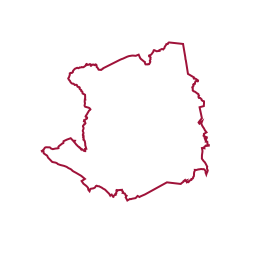 El Arenal, Hidalgo, Mexico (Mercator projection), rotated 243°
{"feature_id": "50627088B4144789748082", "entity_name": "El Arenal", "entity_type": "district", "adm_level": 2, "iso_a3": "MEX", "parent_name": "Mexico", "parent_adm1": "Hidalgo", "projection": "mercator", "projection_center": [-98.879, 20.225], "detail": "fine", "context": "isolated", "style": "outline", "palette": "rose", "viewbox_px": 256, "rotation_deg": 243, "n_neighbors": 0, "source": "geoboundaries", "source_scale": "gbopen_adm2", "svg_char_len": 5761}
<svg xmlns="http://www.w3.org/2000/svg" viewBox="0 0 256 256"><g transform="rotate(243 128 128)"><path d="M54.0,179.8L55.8,179.9L57.5,180.8L57.6,181.0L60.6,181.0L62.6,180.9L64.0,180.4L67.1,179.9L70.1,181.5L73.1,183.6L74.2,184.1L76.6,184.8L76.5,185.3L75.2,186.9L76.6,187.5L76.7,188.4L77.0,189.6L76.7,190.0L76.4,189.8L75.6,192.0L76.0,192.2L76.4,191.3L78.2,191.8L79.8,192.4L80.5,191.1L81.7,192.0L82.1,191.5L83.8,191.7L82.6,193.3L82.3,193.4L83.3,193.3L83.9,194.0L86.6,191.8L87.1,192.0L87.5,192.7L88.3,193.0L88.5,196.0L91.0,195.5L93.2,195.5L95.4,195.2L98.0,195.2L99.0,195.6L100.2,196.9L99.4,193.6L100.5,193.4L100.9,193.4L101.6,194.8L103.2,198.3L114.0,201.2L113.1,205.5L115.1,206.7L117.0,207.7L117.3,207.8L118.2,206.9L119.2,206.3L119.4,206.3L120.1,206.6L121.9,206.0L122.7,204.8L123.8,204.9L124.5,205.9L125.0,205.7L126.0,206.1L126.4,205.9L126.7,205.9L127.0,205.5L127.8,205.2L130.0,204.1L130.6,203.4L131.2,203.2L131.4,202.9L132.4,202.8L133.3,203.5L134.8,203.7L134.7,203.9L135.1,204.4L135.1,204.5L135.8,205.0L135.8,205.5L136.5,206.0L137.1,205.9L137.4,206.6L137.0,207.6L138.3,208.6L139.0,209.5L138.9,210.4L137.9,211.3L137.9,211.5L138.6,212.0L139.0,211.7L140.4,211.1L141.5,210.3L142.1,209.1L142.4,209.1L143.2,209.7L149.0,206.0L162.2,210.3L163.0,210.4L165.1,211.2L177.9,215.2L185.6,203.4L185.6,202.6L184.9,201.8L184.8,201.5L185.1,200.5L185.3,200.3L184.8,199.7L183.7,197.6L182.8,196.9L182.5,196.4L182.5,195.9L182.3,195.7L182.3,195.2L182.1,195.0L183.0,194.1L183.1,191.3L182.4,191.1L183.4,188.3L185.3,186.9L185.6,186.4L185.5,186.1L184.5,185.2L183.2,182.7L182.8,181.6L182.8,180.9L183.1,180.0L183.0,179.7L182.7,179.4L182.1,179.4L181.3,180.1L180.7,180.2L180.4,180.1L179.7,179.4L178.9,179.2L178.2,178.1L177.9,177.9L177.0,178.0L176.4,177.5L175.3,175.8L175.5,175.1L175.8,174.9L175.7,174.6L175.9,174.0L176.3,173.5L176.5,172.8L176.8,172.5L178.3,172.6L179.2,173.0L179.9,172.5L183.8,170.8L184.9,170.6L188.5,170.8L188.7,169.2L188.7,168.3L188.9,167.5L190.3,165.3L190.7,164.4L191.6,161.6L191.9,159.7L192.1,154.8L192.3,153.5L192.4,151.6L192.5,132.9L192.2,132.5L192.2,131.4L191.9,130.8L191.9,130.6L192.1,130.1L192.4,129.9L192.7,129.4L192.8,129.0L193.3,128.3L195.7,128.2L196.5,127.8L198.3,128.5L199.2,128.2L199.4,127.9L199.0,127.2L199.1,126.9L199.3,126.6L200.1,126.2L200.2,125.7L200.8,124.8L200.7,124.5L200.4,124.2L200.2,123.2L200.4,123.1L201.0,123.3L202.0,123.3L202.2,123.1L202.3,122.5L202.2,121.7L202.6,120.6L202.7,120.3L203.8,120.3L203.9,120.1L203.5,119.2L202.8,118.7L202.4,116.0L202.6,115.3L203.3,114.5L203.3,113.5L203.9,112.4L203.7,111.2L204.0,110.7L204.7,110.1L204.8,109.6L204.8,108.4L204.9,107.9L204.7,107.0L203.9,105.0L202.9,104.3L202.9,103.8L202.6,103.5L202.6,102.8L203.2,101.8L203.1,100.9L202.0,100.4L201.4,99.9L200.6,99.0L200.3,98.8L199.9,98.4L199.4,97.3L198.0,97.2L197.2,97.5L196.6,97.5L196.3,97.7L195.1,97.6L193.6,98.0L192.8,98.5L192.3,99.4L191.6,99.8L190.5,100.1L190.1,101.4L189.6,101.9L188.5,101.8L187.6,101.8L186.9,102.9L186.2,103.3L185.8,103.3L185.5,102.8L184.9,102.7L183.9,103.0L183.4,103.4L183.0,103.5L182.1,103.1L181.8,103.2L181.4,103.7L181.1,103.8L179.9,103.5L179.4,103.2L178.9,103.5L177.7,104.5L177.1,104.8L174.8,103.8L174.1,103.3L172.8,102.9L173.0,102.5L171.4,101.5L170.5,101.1L169.7,101.0L167.6,99.4L166.4,99.5L163.9,102.2L163.1,102.7L161.7,103.0L161.4,102.5L161.2,101.2L160.3,99.9L160.0,99.2L159.4,98.5L157.8,95.7L157.5,95.4L157.0,95.5L156.5,96.1L155.9,96.3L155.1,95.8L154.9,93.7L154.6,92.7L154.3,92.3L154.5,92.2L154.0,91.8L153.5,92.5L151.5,92.2L151.0,91.0L151.2,90.5L150.7,89.9L150.5,89.1L150.1,88.7L149.6,88.5L148.9,88.6L148.1,88.4L147.2,87.7L146.3,86.6L145.6,86.3L144.1,86.2L143.0,85.6L143.0,85.1L142.3,84.6L142.0,84.5L141.3,84.8L140.7,84.2L140.4,84.5L139.4,84.0L139.4,83.7L138.7,83.7L138.2,83.6L137.8,83.0L136.7,83.5L136.3,83.5L136.1,83.4L135.5,83.4L133.3,82.7L132.2,82.1L128.4,81.4L128.8,80.2L127.1,79.6L126.8,79.4L126.9,79.2L127.9,78.2L129.3,77.8L130.3,77.1L130.6,76.7L130.4,76.5L131.4,76.3L131.5,76.5L132.9,76.0L132.9,75.7L134.0,75.4L134.5,75.0L135.6,74.8L136.9,74.3L137.8,74.2L140.3,73.6L140.4,74.5L140.7,74.9L141.4,73.7L141.3,73.4L144.9,72.3L145.4,68.3L145.5,64.6L143.9,63.5L144.0,62.4L143.2,58.2L142.8,57.4L141.6,56.9L141.8,56.1L142.6,54.1L143.3,51.4L144.5,50.2L146.0,49.7L146.4,49.3L148.1,46.1L148.2,45.2L148.1,44.8L147.4,43.7L147.2,43.1L146.7,41.6L146.7,40.8L146.2,40.8L146.3,42.4L143.6,41.4L140.0,43.4L137.9,43.3L132.1,45.1L129.9,47.9L128.5,48.9L127.7,49.1L125.7,51.0L123.3,53.8L121.2,55.7L119.2,56.8L118.0,57.8L116.9,58.5L116.2,58.8L115.1,59.1L113.9,59.8L111.6,61.4L106.6,64.6L102.2,66.5L101.8,62.6L98.6,63.0L95.9,64.3L94.3,64.9L92.9,65.2L90.9,64.6L89.1,65.0L89.7,65.7L90.4,66.0L90.8,67.0L89.9,70.0L90.0,71.7L90.8,72.9L90.8,73.9L89.9,74.6L89.1,75.9L88.7,76.1L86.7,77.6L85.8,78.0L83.4,79.6L80.2,80.6L77.9,81.4L76.8,81.4L76.0,81.5L75.9,81.5L76.1,81.9L76.1,83.2L74.4,83.3L73.3,83.6L73.3,83.8L74.2,84.3L74.1,86.8L74.9,86.7L75.2,88.0L75.9,88.2L76.2,88.5L76.6,89.5L77.6,89.3L77.8,89.4L77.9,89.6L77.9,89.8L77.5,90.2L76.7,91.9L76.4,92.8L75.7,94.4L75.2,94.0L74.0,94.6L73.0,94.5L72.6,93.8L71.0,95.4L70.0,95.4L68.9,95.3L68.9,95.5L68.3,96.0L67.1,94.4L66.8,94.5L63.7,94.5L63.9,97.5L63.3,98.2L63.1,99.6L62.1,102.9L63.1,105.7L61.3,106.9L61.4,108.0L61.1,113.0L61.9,138.0L54.2,149.6L54.5,150.4L54.9,152.7L55.1,153.4L55.4,153.4L55.8,155.3L54.8,155.4L54.7,156.2L54.5,155.8L52.9,155.8L53.0,156.5L52.8,156.9L52.5,157.0L52.4,157.1L52.7,157.6L52.6,158.1L53.1,158.4L53.2,158.7L53.0,160.8L53.7,161.1L53.8,161.3L53.5,162.3L53.9,163.3L54.6,163.7L55.0,164.6L55.3,164.9L56.3,165.5L56.5,165.7L57.1,165.9L58.7,167.0L59.9,168.5L60.3,168.6L59.5,170.0L59.2,171.9L59.0,172.1L58.5,173.8L58.0,175.0L57.3,175.9L57.2,176.4L56.6,177.1L55.5,177.4L54.0,177.5L53.5,177.3L52.9,176.8L51.8,176.8L51.1,176.7L52.1,177.7L52.8,178.7L54.0,179.8Z" fill="none" stroke="#9f1239" stroke-width="2"/></g></svg>